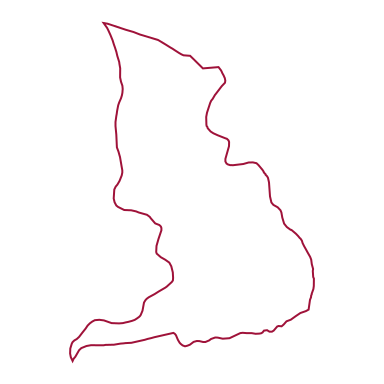 the district of Chajul, Quiché, Guatemala
{"feature_id": "79465075B19159342798902", "entity_name": "Chajul", "entity_type": "district", "adm_level": 2, "iso_a3": "GTM", "parent_name": "Guatemala", "parent_adm1": "Quiché", "projection": "orthographic", "projection_center": [-91.005, 15.608], "detail": "fine", "context": "isolated", "style": "outline", "palette": "rose", "viewbox_px": 384, "rotation_deg": 0, "n_neighbors": 0, "source": "geoboundaries", "source_scale": "gbopen_adm2", "svg_char_len": 3376}
<svg xmlns="http://www.w3.org/2000/svg" viewBox="0 0 384 384"><path d="M218.5,67.1L202.9,68.4L192.9,58.5L190.1,55.8L183.5,55.3L181.5,54.4L179.1,53.0L174.9,50.3L172.5,48.7L170.4,47.5L165.6,44.5L158.1,40.0L139.9,34.5L133.5,32.0L125.9,29.8L107.5,23.7L105.2,23.3L104.3,23.1L103.6,23.0L107.1,27.9L108.4,30.5L110.4,34.9L112.6,40.3L113.9,44.5L115.0,47.6L116.4,52.0L117.3,55.9L119.2,62.0L119.4,63.7L120.2,68.3L120.1,77.4L121.0,81.7L122.4,85.8L122.7,89.0L122.4,92.8L121.9,95.4L121.0,98.3L119.2,102.4L118.2,105.3L117.1,111.0L116.7,114.0L116.3,116.1L115.5,122.0L115.5,126.1L116.3,134.5L116.9,147.4L118.5,151.7L119.3,154.6L120.0,157.0L121.6,166.4L122.3,170.3L122.3,172.6L121.7,175.5L119.5,181.0L117.4,184.6L115.7,186.6L114.3,189.5L113.7,198.5L114.6,202.3L116.3,205.5L118.0,206.9L124.2,210.0L131.2,210.3L136.1,211.4L138.8,212.5L147.0,214.8L149.8,216.9L150.7,218.2L155.2,223.4L159.3,225.0L160.3,225.9L160.9,226.6L161.4,228.0L161.4,230.3L158.5,238.9L156.5,245.9L156.2,252.0L156.7,253.6L160.8,257.2L165.2,259.7L169.3,262.6L171.3,266.3L172.8,272.4L173.1,277.9L172.9,280.4L172.2,281.5L171.6,282.2L168.3,285.2L166.9,286.5L165.4,287.6L158.7,291.5L154.6,294.1L148.7,297.3L146.7,298.8L145.5,300.1L144.7,301.4L144.0,302.6L142.5,310.7L140.7,315.0L140.0,316.0L139.1,316.9L136.9,318.5L134.7,319.9L131.9,320.9L128.2,321.9L125.7,322.4L122.9,323.1L119.1,323.4L111.6,323.1L103.9,320.4L99.3,319.8L94.8,320.2L92.2,321.6L89.9,323.3L87.6,325.6L85.6,328.6L82.4,332.6L79.1,336.9L76.7,339.1L74.4,340.4L72.6,342.1L71.8,343.6L70.3,348.5L70.1,353.5L70.8,357.1L71.1,357.8L72.6,361.0L73.6,358.8L75.3,356.8L79.1,350.2L81.3,348.1L86.5,346.0L91.0,345.2L103.4,345.3L105.6,344.9L114.0,344.7L120.5,343.6L123.2,343.4L125.6,343.1L131.4,342.8L135.4,341.9L144.8,339.8L147.7,338.9L151.2,338.1L154.4,337.2L173.4,332.9L174.2,333.4L175.0,334.0L176.0,335.3L177.0,337.7L177.9,339.8L179.6,342.7L180.7,343.9L182.6,345.4L185.0,346.3L187.4,345.7L189.9,344.7L193.6,341.9L196.8,341.0L199.4,341.1L203.1,342.0L205.4,342.0L209.2,340.4L211.0,339.0L215.2,337.5L217.7,337.6L222.7,338.7L229.5,338.2L240.3,333.1L242.7,332.8L246.3,333.1L251.5,333.1L255.6,333.8L259.4,333.6L261.1,333.3L262.5,332.5L264.0,330.6L267.1,330.2L269.5,331.7L271.9,331.7L273.7,330.6L277.2,326.5L278.6,326.0L281.6,326.3L283.7,324.5L286.5,321.3L290.8,319.7L295.8,316.1L300.4,313.0L305.9,311.1L308.6,309.6L310.0,299.8L311.0,297.3L311.2,295.4L311.7,294.5L311.7,293.8L313.4,289.0L313.8,286.0L313.9,278.6L313.2,277.0L312.8,271.0L313.1,269.0L311.8,264.2L311.2,259.6L310.1,256.8L307.7,252.6L305.9,249.3L304.2,246.3L302.6,243.1L301.9,240.7L300.5,238.6L299.8,238.1L298.2,236.1L296.0,233.8L291.4,229.9L290.6,229.8L286.8,227.0L284.1,223.6L282.3,217.6L281.4,212.5L280.5,210.3L277.7,207.3L273.4,204.9L271.4,202.5L270.0,196.4L269.0,182.4L268.0,177.9L267.1,176.3L265.6,174.8L265.6,174.3L263.8,172.4L263.7,171.7L262.5,169.9L258.5,165.1L256.5,163.2L252.9,162.4L248.6,162.5L243.3,164.0L233.1,165.2L230.0,165.1L227.8,164.4L226.5,163.5L225.4,161.5L225.4,158.9L229.0,146.2L229.1,142.0L228.5,140.4L227.8,139.7L226.9,138.8L225.4,138.3L221.6,136.8L217.8,135.3L213.4,133.3L210.6,131.5L207.7,128.2L207.3,126.8L206.6,126.0L206.4,124.6L206.2,117.0L207.0,112.7L210.2,102.9L211.2,100.7L212.6,99.0L212.9,98.5L215.0,94.9L215.6,94.2L221.7,86.2L225.0,82.7L225.3,80.6L224.8,78.1L224.1,76.6L223.7,75.6L222.3,73.1L221.8,71.9L221.3,70.9L220.9,70.2L218.5,67.1Z" fill="none" stroke="#9f1239" stroke-width="2"/></svg>